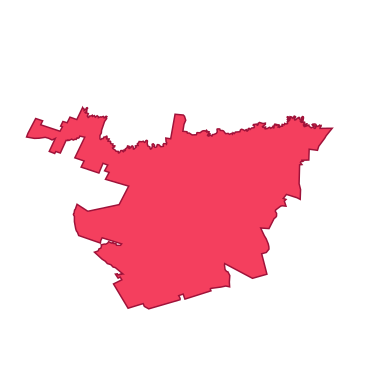 the district of Cermei, Arad, Romania, rotated 168°
{"feature_id": "2599482B93088674454934", "entity_name": "Cermei", "entity_type": "district", "adm_level": 2, "iso_a3": "ROU", "parent_name": "Romania", "parent_adm1": "Arad", "projection": "robinson", "projection_center": [21.826, 46.539], "detail": "fine", "context": "isolated", "style": "filled", "palette": "rose", "viewbox_px": 384, "rotation_deg": 168, "n_neighbors": 0, "source": "geoboundaries", "source_scale": "gbopen_adm2", "svg_char_len": 6023}
<svg xmlns="http://www.w3.org/2000/svg" viewBox="0 0 384 384"><g transform="rotate(168 192 192)"><path d="M281.5,297.3L289.6,286.8L295.8,290.6L299.7,285.7L303.6,287.8L306.8,283.7L305.2,282.7L308.5,278.9L326.0,289.2L323.3,292.7L329.6,296.4L340.2,283.6L342.4,280.2L335.0,277.2L330.3,276.4L324.2,276.0L321.1,274.4L318.1,272.0L314.6,272.8L323.2,261.4L318.3,258.2L316.8,259.9L312.7,257.5L304.4,268.7L303.0,268.2L302.8,268.7L302.4,268.7L301.6,268.0L298.7,268.7L297.3,267.5L295.4,267.9L294.4,267.5L293.1,268.8L292.3,268.3L291.1,268.6L290.1,270.0L285.5,267.9L299.5,249.8L291.1,244.8L295.3,239.4L279.1,229.9L273.1,238.6L268.8,235.9L273.1,230.9L269.0,228.4L274.0,222.4L252.7,210.9L265.9,194.8L297.5,194.8L298.1,195.0L307.0,203.9L309.8,199.3L310.6,198.8L311.9,195.5L312.3,195.4L312.7,194.5L312.1,192.6L313.2,187.4L313.4,180.3L313.2,178.1L312.4,176.3L311.9,173.0L292.2,161.1L291.4,163.4L289.4,165.9L271.6,155.9L273.0,154.7L276.8,155.5L277.1,155.9L277.1,157.2L279.8,158.1L279.7,159.0L281.4,158.8L283.8,160.7L285.2,159.5L287.4,158.9L288.6,159.3L291.8,159.2L291.8,157.9L292.9,156.0L294.8,155.7L295.8,154.2L296.5,153.8L299.9,153.4L294.0,145.1L291.2,142.3L289.7,139.6L286.5,137.8L284.8,135.0L282.7,134.0L276.6,126.2L278.8,126.6L278.7,126.2L281.6,126.3L282.0,127.5L284.0,127.6L282.2,123.1L279.9,123.7L278.9,120.7L287.9,118.4L278.7,91.6L263.0,93.0L262.4,90.0L258.6,86.7L226.1,89.1L225.8,90.1L226.0,91.7L226.6,93.4L221.9,94.0L221.2,88.7L194.0,91.4L194.3,93.4L193.6,93.8L183.5,93.0L178.5,93.0L174.9,91.4L174.2,96.1L172.4,102.4L173.5,106.5L174.7,107.1L175.8,109.3L175.4,113.9L174.9,115.2L150.8,95.0L135.8,96.0L136.7,117.1L131.9,117.4L128.6,120.1L128.2,122.4L128.2,125.3L129.2,130.9L130.4,134.3L132.3,142.5L124.3,140.2L117.2,149.0L115.4,149.8L114.3,150.9L113.7,153.5L114.5,155.6L114.0,157.0L108.3,159.7L106.7,159.8L103.0,158.6L103.6,163.9L101.6,165.2L104.1,166.7L100.1,170.0L90.4,164.5L87.7,162.3L85.3,171.8L85.5,177.9L81.1,196.2L78.8,196.0L79.9,198.0L79.4,198.9L77.4,198.9L78.0,199.5L78.0,200.2L71.1,199.0L68.5,209.5L60.6,206.7L58.5,210.4L51.0,217.0L49.1,219.1L41.6,225.2L53.5,227.6L52.8,229.5L52.2,229.4L52.0,229.9L52.6,229.7L53.1,230.9L54.8,230.1L56.1,230.2L56.9,232.5L57.7,233.0L59.7,233.3L60.5,232.9L60.2,232.2L57.6,230.6L57.6,229.4L58.3,228.6L59.2,228.8L59.3,229.9L59.8,230.5L62.1,230.0L63.7,231.9L63.8,233.2L68.2,232.5L68.6,232.7L68.5,233.2L65.7,233.9L65.4,234.8L66.2,234.9L68.9,233.7L69.1,234.4L68.1,234.9L68.3,235.7L67.4,236.3L67.4,236.9L70.6,237.4L71.2,238.4L70.4,238.9L69.6,238.3L68.7,238.4L67.5,241.4L67.5,242.4L68.1,242.8L69.2,242.2L69.5,240.2L70.2,239.7L71.4,240.3L71.0,241.7L71.8,242.8L72.2,242.7L72.4,242.0L73.6,242.4L75.1,241.2L76.4,241.0L76.7,241.6L75.1,244.1L75.9,244.9L76.6,244.8L77.1,243.5L78.0,243.1L78.8,244.6L80.1,245.2L80.1,243.7L80.7,243.4L81.1,244.9L83.0,245.8L83.4,245.4L83.2,244.6L81.6,243.3L81.2,242.4L81.5,242.1L83.1,243.3L83.7,243.1L83.4,242.1L82.5,241.4L83.0,241.0L83.7,241.3L84.2,241.0L84.3,239.1L86.0,239.0L87.1,239.8L87.6,238.7L88.0,238.5L89.7,239.4L90.1,238.8L89.9,237.6L92.0,237.8L92.9,237.0L94.3,237.7L92.8,239.0L93.0,239.7L95.1,239.7L94.9,240.3L96.8,241.2L97.3,240.7L96.8,240.3L97.0,239.9L99.0,239.5L98.3,238.4L98.7,237.7L100.1,238.6L101.8,237.9L102.4,239.1L102.8,239.2L105.3,238.4L107.3,238.5L107.5,239.2L106.6,239.7L106.5,240.3L108.9,240.3L109.3,240.6L109.5,241.3L106.2,242.9L105.9,244.1L108.3,244.2L111.5,246.0L113.2,245.3L113.3,244.2L114.0,243.6L114.4,243.8L114.8,245.0L117.9,245.2L118.3,244.4L117.4,243.8L117.5,242.4L117.9,242.0L120.4,242.2L122.2,241.1L122.7,242.3L123.4,242.4L123.8,242.2L124.2,240.8L125.2,240.1L125.8,240.4L125.6,241.5L126.0,241.8L127.6,241.0L129.5,242.6L130.7,243.1L131.7,242.6L132.7,241.0L137.1,241.6L138.4,240.4L139.6,241.5L140.4,240.1L141.1,241.1L143.4,240.6L144.4,241.8L147.0,242.1L148.5,245.2L149.4,245.8L151.5,246.3L151.8,247.9L153.7,248.4L154.5,248.2L154.8,245.6L155.9,244.3L158.8,243.7L159.9,243.9L160.9,242.6L161.9,243.8L164.1,243.2L165.1,244.0L164.8,244.6L163.2,244.8L162.4,245.4L162.9,245.8L163.9,245.5L162.7,247.3L163.1,247.6L164.9,247.5L164.6,248.9L165.0,249.5L166.1,248.7L167.4,249.5L169.2,249.5L171.8,248.3L174.6,249.0L175.1,248.7L175.5,247.4L175.9,247.1L180.0,247.8L182.5,250.3L184.2,250.5L184.5,251.0L184.3,251.8L184.7,252.1L188.3,253.3L185.8,259.8L183.2,263.5L183.6,267.6L184.5,269.1L192.4,271.6L201.8,248.5L206.4,250.2L206.9,246.6L206.5,245.3L207.0,244.2L207.2,244.6L209.6,245.2L210.4,244.4L210.5,242.6L213.1,242.8L214.4,244.9L215.5,245.5L216.1,245.5L217.3,243.5L218.9,243.3L219.8,244.4L219.0,245.2L219.0,245.7L219.9,247.2L220.3,247.2L221.1,246.9L221.3,245.0L222.4,243.0L223.5,242.5L223.9,242.9L223.8,244.8L225.7,246.3L225.7,248.9L225.0,251.1L225.1,251.6L225.8,252.0L226.4,251.8L227.5,250.5L228.2,250.4L229.1,251.8L230.6,251.6L233.2,252.4L234.2,251.1L235.3,250.7L235.0,248.7L236.6,249.1L237.9,248.8L237.9,248.5L237.3,247.6L239.9,246.0L240.4,246.2L240.2,248.5L240.6,249.4L241.6,249.4L242.5,248.2L244.4,247.6L244.8,248.2L243.7,249.5L245.3,250.5L245.7,250.2L245.8,249.2L248.6,247.7L248.4,246.9L248.7,246.5L249.9,247.1L250.2,245.9L250.7,245.6L251.1,245.9L251.6,247.1L253.0,247.3L254.7,245.6L255.6,245.4L255.9,245.7L255.7,247.0L257.9,247.7L258.3,248.8L260.5,251.1L260.6,251.6L258.3,252.3L257.9,253.2L260.0,253.7L260.1,254.1L259.3,255.3L261.5,256.3L261.5,257.2L261.1,257.7L261.3,258.6L263.6,259.1L263.5,259.7L262.4,260.4L262.0,261.1L264.4,261.7L264.4,262.2L263.6,263.3L263.7,264.3L264.1,264.4L265.3,263.8L266.7,264.1L267.8,262.7L269.0,263.0L269.9,262.3L270.6,262.4L271.0,263.1L270.3,266.4L268.4,268.6L267.6,271.2L262.9,279.1L260.2,281.6L260.3,282.9L259.6,283.4L260.1,283.9L260.8,283.8L261.1,282.8L262.0,282.8L262.6,282.9L262.5,283.7L263.0,284.4L265.1,284.1L265.7,284.5L268.1,284.2L267.9,285.0L268.9,286.3L271.1,285.3L271.6,287.0L273.5,286.6L273.5,287.8L275.0,287.4L276.6,287.6L277.0,286.9L278.0,286.5L278.6,288.0L277.1,290.2L278.8,291.4L279.8,291.5L280.0,292.1L278.3,292.5L277.5,294.9L276.7,295.7L277.0,296.3L277.4,296.3L278.3,295.7L278.5,294.9L280.6,294.2L280.3,295.4L280.6,296.3L281.4,296.5L281.5,297.3Z" fill="#f43f5e" stroke="#9f1239" stroke-width="1.5"/></g></svg>